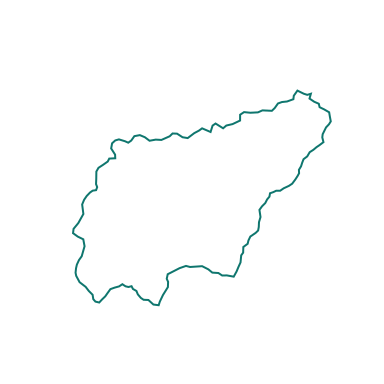 Santa Inês, Paraíba, Brazil, rotated 117°
{"feature_id": "56859067B59981406570514", "entity_name": "Santa Inês", "entity_type": "district", "adm_level": 2, "iso_a3": "BRA", "parent_name": "Brazil", "parent_adm1": "Paraíba", "projection": "orthographic", "projection_center": [-38.582, -7.667], "detail": "fine", "context": "isolated", "style": "outline", "palette": "teal", "viewbox_px": 384, "rotation_deg": 117, "n_neighbors": 0, "source": "geoboundaries", "source_scale": "gbopen_adm2", "svg_char_len": 2136}
<svg xmlns="http://www.w3.org/2000/svg" viewBox="0 0 384 384"><g transform="rotate(117 192 192)"><path d="M53.8,144.1L60.0,145.0L63.3,143.8L68.2,148.4L71.0,152.7L74.1,155.6L79.6,156.4L83.4,157.7L87.3,166.3L91.1,169.4L94.9,176.0L97.2,181.9L101.3,184.2L106.5,181.6L113.1,186.7L117.2,191.6L121.1,193.2L120.3,202.1L123.5,203.8L130.1,202.7L130.7,211.9L134.2,213.7L138.5,216.7L145.9,220.3L147.5,225.3L146.8,231.8L148.7,235.9L152.5,237.2L156.8,240.7L159.5,242.9L161.8,248.1L165.6,253.1L164.6,258.9L165.0,264.3L168.4,268.7L173.8,269.5L177.0,271.2L177.2,274.8L178.3,281.0L180.9,283.8L184.9,285.3L189.9,283.8L193.6,277.5L196.8,275.7L199.8,280.9L203.1,280.9L208.2,283.6L212.9,286.3L217.2,286.5L223.7,283.3L228.5,281.1L230.7,278.7L233.9,278.3L235.9,281.1L238.7,282.6L243.3,284.0L247.9,284.6L253.0,284.2L260.9,278.8L271.3,279.2L278.6,280.8L282.7,279.3L283.6,273.5L283.5,267.4L289.1,263.1L299.3,261.1L304.0,261.8L309.0,261.6L312.6,260.7L316.8,259.1L319.3,257.1L323.4,251.2L324.8,243.7L327.0,239.1L328.7,233.9L332.3,231.3L333.5,228.3L332.6,224.5L328.7,223.4L324.3,221.9L320.7,221.4L315.6,220.6L312.3,217.5L309.2,214.1L305.8,212.2L306.2,208.4L305.5,205.5L303.4,203.1L305.2,200.6L305.4,196.6L307.8,193.8L309.6,189.5L310.0,186.2L308.0,181.8L309.8,175.3L308.0,170.3L304.3,170.9L297.0,171.1L287.7,170.3L282.9,172.5L280.8,175.1L276.3,176.3L265.5,168.5L260.6,163.8L259.7,159.7L253.5,149.3L253.5,142.3L254.6,137.3L252.2,131.7L252.7,127.2L250.5,123.1L248.5,116.4L242.6,116.2L237.3,116.6L232.7,116.8L226.1,119.4L222.8,118.9L217.7,121.3L212.9,118.9L209.6,119.7L205.2,119.8L199.5,116.7L196.3,115.6L192.9,116.6L188.5,118.6L183.2,119.6L177.3,123.8L172.9,123.1L168.6,121.7L164.5,121.7L161.0,120.9L157.7,121.9L155.2,119.5L152.7,117.6L150.8,114.0L147.1,112.0L142.5,108.4L139.1,106.5L133.8,105.6L129.8,105.2L126.7,105.1L123.7,106.8L119.6,106.5L116.0,107.1L112.1,107.5L108.0,105.5L103.1,105.2L99.3,103.0L95.5,101.4L92.6,99.8L87.9,97.5L84.2,100.7L81.2,101.8L73.6,101.9L69.5,100.7L66.1,100.4L62.2,103.4L58.7,106.0L58.4,111.9L58.5,116.8L55.8,119.1L56.1,124.1L55.4,129.7L50.5,130.7L53.1,133.4L53.7,137.0L53.8,144.1Z" fill="none" stroke="#0f766e" stroke-width="2"/></g></svg>